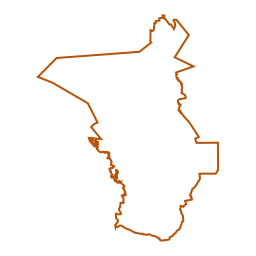 San Francisco de Conchos, Chihuahua, Mexico (Albers equal-area conic projection)
{"feature_id": "50627088B96714761413162", "entity_name": "San Francisco de Conchos", "entity_type": "district", "adm_level": 2, "iso_a3": "MEX", "parent_name": "Mexico", "parent_adm1": "Chihuahua", "projection": "albers", "projection_center": [-105.365, 27.581], "detail": "fine", "context": "isolated", "style": "outline", "palette": "amber", "viewbox_px": 256, "rotation_deg": 0, "n_neighbors": 0, "source": "geoboundaries", "source_scale": "gbopen_adm2", "svg_char_len": 5891}
<svg xmlns="http://www.w3.org/2000/svg" viewBox="0 0 256 256"><path d="M186.2,204.1L185.1,200.9L191.8,199.6L191.7,198.6L191.9,198.3L191.3,197.8L190.8,197.1L191.2,196.2L190.8,196.0L190.7,195.7L190.1,195.5L190.0,195.2L190.3,194.8L190.4,194.2L190.8,193.4L191.1,193.2L191.2,192.0L192.1,190.2L192.2,189.2L193.0,188.4L194.0,187.9L195.0,186.8L197.1,183.8L198.0,181.9L198.5,181.4L199.5,179.9L199.7,179.1L200.0,178.6L200.0,178.1L199.8,177.9L199.7,174.9L199.4,173.8L203.8,173.6L215.7,173.7L217.9,170.2L218.1,165.2L217.9,142.7L196.5,142.9L195.2,138.8L198.8,136.9L189.6,122.8L183.3,115.6L181.2,112.6L180.5,113.0L180.2,112.0L180.3,110.8L178.8,110.7L178.5,110.2L179.1,108.9L179.1,107.7L179.7,106.6L179.7,106.0L180.1,105.9L180.6,104.9L179.6,103.9L180.1,103.4L178.6,104.0L177.8,100.9L177.9,100.6L179.1,99.3L185.6,98.1L185.8,97.6L185.5,97.0L185.4,96.1L184.8,94.9L181.7,93.2L181.5,92.8L182.0,92.2L182.1,91.7L181.6,89.5L181.7,89.0L182.3,87.6L182.3,87.1L181.6,86.1L181.6,85.7L182.0,84.8L182.1,84.2L181.8,83.9L181.0,83.9L180.8,83.3L181.0,82.4L180.2,81.6L179.6,81.6L179.1,81.3L179.0,80.3L178.8,80.1L178.6,79.9L178.1,80.1L177.8,79.5L177.4,79.3L177.7,78.2L176.8,77.9L176.6,77.6L176.2,76.0L176.3,74.9L176.9,74.6L176.2,73.7L176.9,72.5L176.6,72.3L193.4,66.4L174.7,57.3L188.8,35.0L176.5,19.9L174.1,19.7L173.7,19.8L173.6,20.3L173.6,20.6L175.1,23.3L175.1,23.9L174.9,24.5L175.3,25.2L175.3,25.6L173.9,29.1L171.0,24.4L169.5,24.5L165.2,19.0L164.9,18.8L164.6,18.8L164.2,15.4L162.5,15.5L162.7,17.8L159.2,18.3L159.4,20.6L155.5,21.2L155.7,23.2L154.2,23.4L154.3,24.5L154.1,27.7L154.2,28.0L153.9,28.4L153.9,29.2L153.8,29.8L152.4,31.0L152.0,31.0L151.4,30.5L150.5,30.2L150.4,41.8L151.2,42.5L139.4,51.8L56.6,58.0L37.9,76.9L52.5,82.7L87.8,103.2L97.5,122.5L93.9,124.2L91.2,127.1L101.1,139.1L88.8,137.9L89.0,138.6L89.5,138.6L90.5,138.2L90.4,138.5L89.9,139.1L90.1,139.5L89.6,139.7L89.8,141.1L90.1,141.4L90.8,141.4L92.8,139.5L92.7,140.2L91.8,141.6L91.4,142.9L91.5,143.2L92.0,143.4L92.6,142.9L92.8,143.3L92.5,143.7L92.6,144.2L93.4,144.4L93.5,145.2L93.8,145.4L93.9,145.8L94.4,146.3L94.8,146.2L94.9,145.9L94.8,144.9L95.0,143.8L94.9,143.4L95.0,141.9L94.5,140.9L94.6,140.2L94.8,140.8L95.1,141.0L95.5,140.5L95.9,140.3L95.4,141.4L95.6,142.7L96.1,142.4L96.3,142.0L96.8,141.8L97.0,141.1L97.1,141.9L96.9,142.5L96.0,143.1L95.6,144.2L95.9,144.7L96.1,144.8L96.3,144.8L96.9,144.0L97.2,142.8L97.7,142.1L98.0,142.1L97.8,143.3L98.0,144.2L97.5,144.2L96.5,146.0L96.5,146.3L96.5,146.5L97.6,146.0L97.8,147.1L97.7,147.3L96.9,147.5L97.0,147.8L97.3,148.1L97.1,148.3L96.7,148.4L96.6,148.7L97.1,149.3L97.8,149.6L98.4,150.9L99.4,151.4L100.0,152.0L101.5,152.4L102.6,151.7L103.8,152.0L104.4,152.7L105.0,152.8L105.4,152.7L105.5,152.0L106.0,152.0L107.3,152.6L107.6,152.1L108.4,152.3L109.3,153.1L109.4,153.3L109.0,153.8L109.4,153.7L108.7,154.2L108.7,154.5L108.9,154.5L109.1,154.9L109.4,155.3L109.4,155.8L108.9,156.4L108.9,156.7L107.5,157.8L107.4,158.1L107.6,158.3L108.2,157.7L108.6,157.8L109.3,157.5L109.5,157.7L109.4,158.0L109.1,158.2L110.2,158.9L110.5,159.3L110.4,159.7L110.7,160.0L111.5,161.2L111.3,161.9L111.5,162.3L111.4,162.5L111.5,162.8L111.1,163.2L111.0,163.5L110.9,164.3L111.0,164.9L111.5,165.1L111.9,165.0L112.7,165.5L113.5,166.3L114.1,166.2L114.2,166.4L113.0,167.1L113.0,167.8L112.2,168.0L111.2,167.9L110.4,168.2L109.4,169.1L110.6,170.4L110.5,170.8L110.8,171.1L110.3,171.8L112.1,174.5L111.2,175.5L111.2,176.3L111.8,176.4L111.3,177.1L111.5,177.5L112.8,177.2L113.2,177.9L113.8,177.5L113.9,176.8L114.3,176.7L114.8,176.3L114.7,175.3L115.4,175.3L116.4,172.5L116.0,171.0L116.2,169.9L116.6,170.0L116.8,170.3L117.1,170.4L117.4,170.9L117.1,171.3L117.2,171.5L117.8,171.5L118.1,172.1L116.6,175.2L116.6,176.7L117.0,176.7L117.0,177.6L116.3,177.9L116.8,178.7L115.8,179.7L115.1,179.3L114.3,180.0L115.3,181.2L116.4,180.7L116.7,181.3L116.4,181.5L117.1,182.3L117.3,182.0L118.6,181.4L118.3,182.1L118.4,182.4L118.6,182.2L118.9,182.4L119.1,181.5L120.4,181.8L120.5,181.7L121.2,181.6L120.9,182.2L120.9,182.9L122.7,184.5L123.7,185.2L124.4,186.0L124.0,187.6L123.0,187.7L123.2,188.6L123.6,189.3L123.9,189.3L124.5,190.3L124.5,190.6L124.6,191.1L125.4,192.0L125.3,192.7L124.5,193.4L124.4,193.8L124.5,194.0L125.7,194.3L125.7,194.6L125.4,195.4L124.7,195.6L123.8,195.5L122.9,195.1L122.3,195.2L121.8,195.5L123.2,198.2L123.6,198.7L123.5,200.2L123.3,201.2L123.7,202.5L123.5,203.0L120.8,202.8L120.5,202.9L120.5,204.6L120.1,205.6L120.0,207.4L119.1,208.4L119.1,209.0L119.4,210.8L119.7,211.4L120.2,211.8L120.7,212.8L121.0,213.9L120.5,214.2L119.4,214.3L118.1,214.3L116.8,213.6L116.1,213.6L115.8,213.9L115.8,215.0L116.1,216.4L116.1,217.3L116.3,218.4L116.5,218.9L117.6,219.6L118.1,220.8L117.5,222.5L116.2,223.6L115.9,224.5L115.1,225.1L115.6,227.5L115.9,226.8L116.5,226.6L117.0,226.9L117.5,227.0L117.9,226.7L118.4,226.5L118.9,226.2L119.1,225.9L119.7,225.6L121.5,225.6L122.0,225.8L122.4,226.3L125.0,228.0L127.5,229.1L129.1,229.6L133.6,232.0L134.5,232.2L134.8,232.7L136.0,233.0L139.1,233.4L141.3,234.1L141.8,233.7L142.3,233.6L142.8,233.8L143.7,234.6L144.4,234.5L145.2,234.3L146.7,234.9L148.8,234.2L149.8,234.4L150.1,234.7L151.6,235.5L154.3,236.0L157.1,237.1L157.7,237.6L158.2,238.4L158.5,238.5L159.1,238.2L159.4,238.4L159.6,238.7L159.9,239.6L160.2,240.1L161.2,240.5L162.0,240.4L163.6,240.6L164.0,240.3L164.8,240.0L166.1,240.1L167.0,239.8L167.8,239.9L168.4,239.7L169.6,238.9L169.7,237.5L170.3,236.8L170.7,236.6L171.4,236.5L173.0,235.7L173.3,235.1L173.3,234.6L173.5,234.3L174.2,233.7L174.6,233.7L175.7,233.0L176.1,232.1L177.4,230.3L178.1,229.8L179.1,229.7L179.5,229.4L179.7,229.0L179.7,228.3L180.6,226.6L180.6,225.9L181.4,224.5L181.7,223.7L181.6,223.1L181.7,222.5L182.2,221.6L183.0,221.4L183.0,221.0L183.4,220.0L183.3,219.0L182.8,218.2L183.1,216.9L182.9,215.9L182.6,215.0L181.4,213.6L181.2,212.9L181.4,212.4L181.3,211.9L180.9,210.9L180.0,209.4L180.0,208.9L180.5,207.9L180.6,207.2L180.6,205.9L180.8,205.8L183.3,206.8L183.8,206.2L184.0,205.7L186.2,204.1Z" fill="none" stroke="#b45309" stroke-width="2"/></svg>